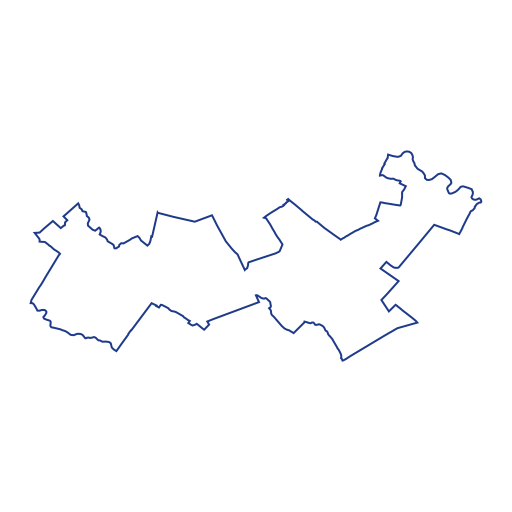 outline of Ulmi, Dâmbovita, Romania
{"feature_id": "2599482B32143237238220", "entity_name": "Ulmi", "entity_type": "district", "adm_level": 2, "iso_a3": "ROU", "parent_name": "Romania", "parent_adm1": "Dâmbovita", "projection": "robinson", "projection_center": [25.49, 44.891], "detail": "fine", "context": "isolated", "style": "outline", "palette": "blue", "viewbox_px": 512, "rotation_deg": 0, "n_neighbors": 0, "source": "geoboundaries", "source_scale": "gbopen_adm2", "svg_char_len": 5938}
<svg xmlns="http://www.w3.org/2000/svg" viewBox="0 0 512 512"><path d="M397.4,328.2L417.3,322.6L416.2,321.3L415.6,320.7L411.6,317.4L410.0,316.2L406.2,313.2L403.0,310.8L399.5,307.8L398.2,306.9L397.0,305.8L395.6,304.8L388.9,311.4L381.4,300.0L386.8,294.3L398.6,281.1L380.5,268.5L386.4,261.9L390.5,265.3L393.5,267.3L394.3,267.6L396.3,267.9L398.0,267.7L398.7,267.4L418.7,243.5L434.2,224.8L447.1,229.5L449.4,230.2L456.4,232.9L459.2,234.1L462.5,227.9L462.5,227.5L466.4,219.6L468.7,215.2L469.2,214.6L470.2,212.2L471.1,211.0L472.6,210.4L474.6,208.1L474.8,207.8L474.7,207.0L474.9,206.5L475.4,206.1L476.7,204.2L479.2,202.6L480.3,202.6L480.7,202.5L481.2,202.0L481.3,201.2L480.6,199.3L479.1,198.3L477.8,199.0L476.2,199.7L475.2,199.8L474.0,199.6L473.3,199.4L472.1,198.5L471.5,197.5L471.7,196.4L472.5,195.1L472.9,193.1L472.8,191.7L472.1,190.4L471.7,189.2L467.6,187.7L463.4,186.4L461.9,186.5L460.6,186.9L459.7,188.0L457.7,190.1L455.5,191.8L452.7,193.1L451.1,193.6L449.8,193.6L448.9,193.1L447.3,189.4L447.2,188.0L448.2,186.3L449.7,185.0L451.2,183.4L451.3,182.2L450.7,179.9L448.4,177.6L444.9,175.0L442.7,174.0L441.2,173.4L438.1,174.2L434.2,177.4L431.8,179.2L429.0,180.0L426.8,179.8L425.0,178.2L424.9,175.4L423.9,173.7L422.3,171.6L417.6,168.8L414.8,165.3L414.5,163.3L413.4,161.5L412.7,159.5L412.7,158.7L412.9,157.1L412.6,155.5L411.4,153.2L409.4,151.8L407.0,151.4L404.6,151.9L402.6,153.4L400.9,155.8L398.3,156.8L396.5,156.7L392.6,156.0L388.1,154.6L387.6,158.2L387.3,158.4L384.3,163.6L384.3,163.9L384.7,164.2L382.0,168.3L382.2,168.7L381.8,169.7L381.1,171.1L380.4,173.1L379.9,175.3L379.9,175.6L382.2,175.1L382.8,175.2L383.3,175.4L386.2,177.5L387.7,178.2L390.9,178.8L391.7,178.8L392.7,178.7L393.4,178.7L395.8,179.9L396.6,180.2L397.9,180.5L399.1,180.6L399.8,180.8L400.6,181.1L400.7,181.3L399.7,183.3L405.8,186.2L404.0,189.7L402.5,191.5L402.1,192.3L402.1,195.3L402.1,197.3L401.4,201.2L400.7,204.8L400.5,205.2L400.1,205.5L394.6,204.7L386.3,203.3L385.1,203.2L383.2,202.7L380.4,202.3L376.3,215.1L374.9,218.3L378.0,220.8L374.7,222.2L372.7,223.3L368.7,225.2L366.9,225.7L365.7,226.2L359.6,229.0L358.7,229.6L355.3,231.0L352.3,232.8L351.2,233.4L349.0,234.7L348.4,235.2L347.2,235.8L345.4,236.8L344.4,237.6L342.9,238.3L340.7,239.7L340.2,239.2L333.9,234.8L326.0,229.1L324.8,228.3L316.9,221.7L315.7,221.7L314.5,220.5L312.6,219.4L302.2,210.8L301.3,209.9L293.9,203.7L293.4,203.3L292.3,202.5L289.7,200.4L288.2,199.0L287.1,199.8L288.1,201.3L285.9,202.8L285.9,203.3L283.6,204.8L284.0,205.2L282.9,206.2L281.7,206.7L279.8,207.2L276.5,209.4L270.4,213.1L265.9,216.2L264.0,217.7L266.1,218.3L270.1,224.3L272.6,228.9L274.7,232.3L275.2,233.4L275.8,234.4L277.1,236.5L279.4,239.6L282.5,244.5L279.7,251.1L279.0,251.7L275.8,253.3L256.9,259.5L248.7,262.3L248.2,263.0L248.1,264.5L247.9,265.7L247.5,267.1L247.1,268.1L247.0,268.3L245.4,269.3L244.8,270.0L237.5,254.3L235.0,252.2L231.7,248.6L225.8,241.3L217.2,225.7L212.0,215.3L194.8,221.7L172.8,216.7L166.3,215.0L157.8,212.8L157.6,212.5L152.1,236.7L151.7,236.6L151.3,236.4L150.3,241.3L149.2,243.9L147.4,245.6L141.0,240.5L139.4,237.8L137.6,236.1L131.9,238.4L129.8,239.9L124.6,242.8L123.6,243.4L121.3,243.2L119.3,244.9L119.0,246.5L116.0,248.4L114.5,248.3L113.5,244.9L112.3,244.0L107.7,241.3L107.1,239.7L106.1,238.3L105.1,237.3L102.5,236.1L99.7,234.5L100.7,231.8L100.5,229.5L99.6,228.0L99.1,227.6L95.2,230.7L92.6,229.7L88.0,225.6L87.8,223.4L89.5,219.7L88.8,217.6L86.9,216.1L86.5,214.0L86.0,212.1L84.4,211.6L82.5,211.2L81.6,209.2L79.6,207.8L79.2,205.3L78.2,203.4L63.5,216.4L67.3,220.2L65.1,222.3L64.9,225.3L63.7,225.7L60.8,228.1L52.9,221.0L44.4,228.2L39.6,232.6L34.7,232.9L39.4,238.9L39.6,240.1L39.6,241.6L40.2,241.6L41.1,241.8L44.0,241.9L45.1,242.1L48.3,244.6L49.4,245.7L50.6,246.3L53.9,249.3L54.9,250.0L56.0,250.6L56.8,251.2L58.2,252.1L60.0,253.8L58.5,255.7L45.5,277.1L42.8,281.8L40.3,285.8L39.5,286.8L31.5,299.9L30.7,303.1L32.6,303.2L33.9,304.4L36.0,307.8L37.4,310.6L39.5,310.7L41.7,310.0L43.6,309.9L45.2,310.3L46.3,311.4L46.4,312.7L45.3,314.7L44.6,315.8L43.5,316.7L43.4,317.2L43.9,318.4L44.5,318.8L47.2,319.9L49.4,320.5L50.3,321.1L50.7,322.0L50.6,323.5L50.4,325.0L50.4,325.9L50.8,326.5L51.3,327.2L52.3,327.5L53.7,327.7L60.3,329.3L62.7,330.3L65.1,331.0L67.5,332.4L70.6,334.8L71.9,335.0L73.8,335.2L76.9,333.9L79.0,333.8L80.5,334.0L81.4,334.3L82.4,334.8L83.4,335.9L85.0,338.0L85.5,338.3L86.6,338.0L86.9,337.7L88.9,337.6L89.7,337.9L91.9,337.7L93.4,337.2L94.0,337.1L94.5,337.2L95.6,337.7L97.9,339.9L98.4,340.3L99.6,340.4L100.7,340.8L101.9,341.5L102.6,341.7L106.0,341.6L108.3,341.9L109.4,342.2L110.8,343.4L111.7,347.2L112.1,347.8L113.2,348.9L114.3,349.8L116.4,351.1L121.2,344.3L128.3,334.5L128.3,333.9L128.6,333.5L130.7,330.6L131.1,330.2L131.3,330.3L151.6,303.2L156.5,305.5L156.2,306.0L159.0,307.5L160.8,304.8L162.1,305.0L165.3,306.6L168.4,308.3L169.2,309.4L171.4,311.0L174.7,311.6L176.4,312.3L183.0,316.1L184.1,317.4L185.9,318.5L187.6,319.8L189.8,321.0L188.3,323.0L191.1,324.8L192.7,325.5L194.7,324.9L195.8,324.4L196.6,323.8L197.3,324.2L203.3,329.1L204.2,329.7L209.1,324.6L207.3,321.5L213.0,319.2L259.0,302.1L255.9,295.3L256.2,295.2L257.3,295.3L261.6,298.1L263.0,298.5L264.7,298.5L265.4,298.1L266.4,298.4L270.1,301.9L270.9,306.1L270.5,307.2L269.1,308.2L270.3,309.5L271.0,311.1L271.2,313.7L272.0,315.1L273.8,316.7L281.6,325.8L284.3,328.3L286.2,329.4L287.3,329.8L289.3,330.4L289.8,330.7L290.2,331.1L291.6,331.8L293.6,333.1L304.2,322.6L304.4,322.1L304.5,321.6L306.8,322.2L309.1,323.0L310.0,323.2L310.7,323.2L312.0,322.5L313.0,322.5L313.5,322.7L314.0,323.1L315.0,324.6L315.3,324.8L316.6,324.9L318.9,324.3L319.4,324.3L322.4,325.8L323.2,326.5L324.0,327.4L324.6,328.5L325.4,330.3L325.7,330.7L327.0,331.4L327.3,331.9L327.6,332.4L328.1,334.1L328.5,334.7L329.4,335.8L330.1,336.4L331.3,337.9L332.4,339.1L332.4,339.3L337.1,347.4L337.7,348.7L338.4,349.3L339.4,351.1L340.5,353.3L341.1,355.0L341.3,356.1L341.3,357.1L341.0,358.1L341.7,358.7L342.5,360.6L343.7,360.2L346.1,358.9L350.2,356.2L383.9,336.0L397.4,328.2Z" fill="none" stroke="#1e3a8a" stroke-width="2"/></svg>